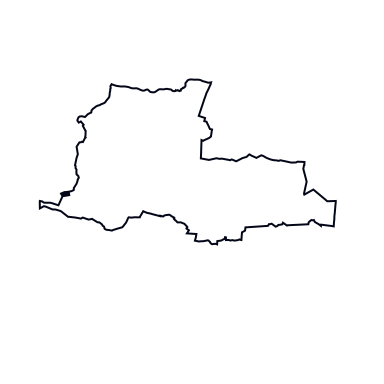 the district of Variešu pag., Krustpils, Latvia, rotated 35°
{"feature_id": "27541924B55912834696629", "entity_name": "Variešu pag.", "entity_type": "district", "adm_level": 2, "iso_a3": "LVA", "parent_name": "Latvia", "parent_adm1": "Krustpils", "projection": "albers", "projection_center": [25.991, 56.596], "detail": "fine", "context": "isolated", "style": "outline", "palette": "ink", "viewbox_px": 384, "rotation_deg": 35, "n_neighbors": 0, "source": "geoboundaries", "source_scale": "gbopen_adm2", "svg_char_len": 5769}
<svg xmlns="http://www.w3.org/2000/svg" viewBox="0 0 384 384"><g transform="rotate(35 192 192)"><path d="M72.5,286.6L72.6,286.9L76.8,292.7L78.8,288.6L80.5,287.9L87.7,286.3L90.3,284.6L95.5,282.9L104.8,283.4L105.1,283.1L110.6,280.1L113.5,278.7L116.1,277.6L116.3,277.5L117.0,275.9L117.2,275.6L123.1,273.9L124.0,273.0L125.6,271.3L126.0,271.4L126.7,271.3L131.9,271.0L133.7,270.0L137.0,270.2L138.2,270.9L139.4,270.8L139.7,270.8L140.2,271.1L141.0,271.8L141.6,272.3L143.1,272.1L143.6,272.0L146.0,270.7L148.6,269.5L149.1,268.5L151.2,265.7L155.1,260.9L155.3,259.4L155.5,255.7L155.5,254.7L155.1,252.3L154.8,251.0L154.6,249.5L154.7,249.0L157.0,247.8L158.8,246.2L160.3,245.0L161.0,244.6L162.5,243.6L163.8,242.6L163.5,241.5L163.1,235.7L164.4,235.5L167.1,234.9L170.6,233.4L171.4,233.1L171.5,233.1L171.9,233.0L180.0,230.0L179.7,229.6L182.4,228.6L182.6,228.1L182.6,227.8L182.8,227.2L183.3,226.5L184.0,225.8L186.0,224.0L186.5,223.7L186.9,223.5L188.2,223.5L189.3,223.6L190.0,223.4L190.9,223.4L192.0,223.2L192.4,223.3L192.5,223.4L192.6,223.5L192.5,224.3L193.4,224.6L194.9,224.8L195.8,224.8L197.2,225.2L197.6,225.2L200.2,223.3L200.7,223.2L204.1,222.4L205.3,222.7L206.6,222.9L208.3,223.4L208.3,224.5L208.4,225.1L211.4,225.1L211.6,228.8L219.7,223.9L221.1,226.8L221.9,229.0L222.3,230.2L226.0,228.6L228.0,226.9L229.5,225.8L229.9,225.5L230.4,224.8L231.6,223.7L232.5,222.6L232.9,222.4L233.5,222.3L234.7,222.5L235.4,222.6L236.3,223.1L236.9,223.3L237.9,223.3L238.5,223.2L239.0,222.6L240.8,221.1L241.1,220.9L242.6,220.5L240.9,217.7L243.8,215.0L244.5,213.5L244.9,212.8L245.5,211.8L245.3,210.8L245.0,210.0L245.8,209.7L246.1,210.1L247.4,211.9L249.5,210.3L251.3,209.7L252.6,208.3L254.7,207.4L257.2,205.1L258.1,203.6L259.2,203.4L260.0,203.0L257.8,199.3L256.1,196.4L257.6,193.2L256.1,190.3L273.0,176.7L273.7,176.0L273.7,175.8L273.5,174.2L274.1,173.8L275.4,172.3L280.4,172.4L281.5,170.8L281.6,169.4L282.7,168.6L284.5,166.7L284.1,165.0L288.9,165.0L288.9,164.8L305.8,151.7L305.2,150.4L305.0,150.0L305.0,149.7L305.2,148.6L305.9,146.4L307.4,145.8L307.9,145.1L308.4,145.5L308.7,145.5L309.9,146.1L314.4,145.7L317.1,145.8L316.5,144.7L326.2,139.6L327.8,138.9L325.8,135.6L324.0,132.3L323.1,131.1L322.2,129.6L321.1,127.5L316.8,120.1L315.5,117.7L314.9,116.9L308.9,121.4L308.0,122.0L307.0,121.9L305.3,121.7L290.0,120.4L285.5,129.7L284.8,129.2L284.5,128.7L280.2,118.3L279.8,117.6L269.9,109.2L268.3,105.6L268.5,105.3L266.9,102.9L261.1,106.6L260.2,108.2L256.4,111.0L249.7,113.8L246.2,115.3L245.1,116.8L243.6,117.4L240.2,119.3L237.6,120.3L234.0,121.2L232.5,121.4L229.8,121.6L227.7,122.2L225.2,127.1L219.8,128.1L217.6,128.2L217.4,128.3L216.5,132.1L214.0,135.1L210.6,141.5L206.4,142.4L205.8,142.6L205.0,144.1L203.5,144.7L197.2,147.6L195.8,148.9L192.6,150.4L187.5,156.0L180.0,159.4L176.8,154.4L170.0,144.0L171.8,143.7L172.2,142.7L175.0,138.0L175.5,136.4L175.7,135.7L174.5,133.3L173.3,130.9L172.6,129.3L170.5,130.1L166.8,127.9L166.3,127.7L163.6,126.1L161.4,126.9L161.3,126.7L160.6,124.7L160.2,123.9L153.9,125.8L152.9,122.5L149.2,110.0L149.1,109.8L148.7,108.3L148.2,106.4L147.0,102.2L147.0,101.8L146.5,98.5L145.5,93.3L145.4,92.7L144.9,92.1L144.7,91.3L143.2,92.7L142.5,93.2L138.5,94.5L137.2,95.1L136.6,95.2L135.8,95.2L135.0,95.4L133.9,95.8L132.5,96.5L129.6,98.6L128.4,99.3L126.7,100.3L125.4,101.4L124.7,102.4L124.5,102.8L124.4,103.2L124.2,106.5L124.5,107.1L125.6,108.5L125.9,109.2L125.9,110.0L125.7,110.6L125.1,111.3L125.0,111.5L125.3,111.7L124.6,113.0L124.2,113.6L124.1,113.8L124.1,114.1L124.2,114.6L124.3,114.8L124.5,115.0L124.6,115.4L124.2,115.6L124.1,115.8L124.1,116.0L124.0,116.4L123.7,116.5L123.2,116.5L122.7,116.7L122.5,116.8L122.4,116.7L122.2,116.8L122.3,116.9L122.0,117.0L121.8,117.0L121.7,117.2L121.4,117.4L121.0,117.8L120.8,118.2L120.3,118.1L120.3,118.6L120.3,118.9L120.1,119.2L119.6,119.6L118.9,120.0L118.5,120.2L117.7,120.3L116.7,120.1L116.0,120.1L112.1,122.0L111.4,122.6L110.4,123.7L109.3,124.6L106.9,126.1L106.2,126.8L106.0,127.1L105.7,127.7L105.5,128.4L104.4,131.2L103.9,131.9L103.5,132.3L102.9,132.7L101.3,133.6L100.9,133.8L100.4,133.9L99.9,133.9L97.6,133.5L97.1,133.5L96.6,133.7L96.1,134.1L95.7,134.6L95.0,135.8L94.6,136.4L93.9,137.0L92.7,137.5L91.5,137.8L90.6,138.0L89.2,138.2L87.6,138.6L87.2,138.8L85.0,140.4L83.7,141.3L82.3,141.8L79.7,142.5L78.6,143.0L76.2,144.2L75.4,144.8L73.5,146.2L72.0,147.0L71.2,147.4L69.4,148.3L68.6,148.6L65.4,149.6L64.3,149.8L64.5,152.2L65.8,153.5L65.8,154.0L66.0,154.6L66.8,155.7L67.6,157.7L68.0,158.4L68.4,159.0L68.6,159.3L69.0,160.1L69.1,160.3L69.3,160.8L69.7,161.6L69.7,162.8L69.4,166.7L69.4,168.5L68.8,170.0L67.7,171.5L67.3,172.1L66.7,173.5L65.9,174.7L65.5,174.9L64.9,175.9L64.2,177.3L64.0,178.1L63.2,180.6L63.0,182.0L62.9,182.6L63.0,182.9L63.2,183.4L63.7,184.2L63.8,184.4L63.8,184.9L63.6,185.0L62.0,188.1L61.6,190.5L61.3,192.0L58.3,193.1L56.6,194.7L56.2,196.0L56.6,197.7L56.7,198.4L57.2,199.3L57.8,199.4L59.4,200.1L60.3,198.5L60.5,198.0L62.7,198.6L62.8,198.6L64.7,199.1L64.6,200.4L69.5,202.9L69.8,202.9L72.2,206.6L72.8,207.7L72.9,208.2L73.4,208.4L73.3,208.5L74.0,213.7L72.8,214.1L72.7,214.6L72.5,215.0L72.1,215.3L71.5,215.7L71.3,216.1L71.3,216.3L71.5,221.1L75.1,224.8L76.8,226.5L77.5,229.0L78.2,231.1L79.0,232.7L79.2,233.4L80.9,237.3L81.5,237.4L81.8,237.5L82.0,237.8L82.6,238.8L82.9,239.2L84.6,239.9L84.8,240.4L85.2,241.0L85.5,241.3L85.8,241.9L86.1,242.4L86.7,242.8L86.7,243.0L87.2,243.7L87.4,243.8L87.8,243.9L88.4,243.9L89.6,244.1L90.8,245.0L91.1,245.2L91.2,247.3L91.5,247.5L92.1,249.5L92.7,251.4L92.9,256.4L93.3,257.1L93.5,257.4L93.9,258.0L94.0,258.2L93.7,258.8L92.7,260.5L91.9,261.4L90.3,263.0L88.7,264.4L87.6,265.2L86.3,267.3L85.8,268.1L85.6,268.4L86.8,269.0L89.8,265.9L92.2,263.9L93.2,265.0L88.3,269.8L88.7,271.4L90.2,279.5L83.6,281.5L82.3,282.0L81.6,282.4L78.9,284.3L76.9,285.6L76.1,285.7L74.8,285.6L72.5,286.6Z" fill="none" stroke="#020617" stroke-width="2"/></g></svg>